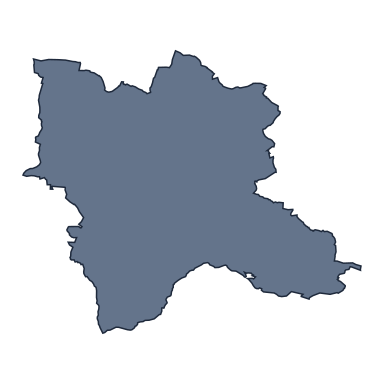 Zalau, Salaj, Romania
{"feature_id": "2599482B75306965992647", "entity_name": "Zalau", "entity_type": "district", "adm_level": 2, "iso_a3": "ROU", "parent_name": "Romania", "parent_adm1": "Salaj", "projection": "natural_earth1", "projection_center": [23.08, 47.176], "detail": "fine", "context": "isolated", "style": "filled", "palette": "slate", "viewbox_px": 384, "rotation_deg": 0, "n_neighbors": 0, "source": "geoboundaries", "source_scale": "gbopen_adm2", "svg_char_len": 5857}
<svg xmlns="http://www.w3.org/2000/svg" viewBox="0 0 384 384"><path d="M172.4,290.0L172.4,288.6L173.2,287.6L173.3,284.6L174.0,284.4L174.5,283.2L178.2,280.3L181.8,278.0L185.6,276.6L186.4,274.8L186.5,274.0L188.3,272.6L189.5,271.1L191.7,270.3L193.5,270.1L194.9,268.2L201.4,264.9L203.5,263.3L207.6,262.6L209.1,263.5L209.6,264.7L213.9,266.5L214.6,267.5L215.3,267.6L218.8,267.4L224.0,265.4L225.7,265.1L226.9,265.8L227.2,266.8L228.3,268.1L230.6,270.1L231.8,270.8L235.9,271.1L236.9,271.6L243.3,275.5L244.4,276.9L245.3,277.2L246.2,276.6L245.7,274.5L244.5,272.3L246.7,273.2L248.0,272.9L251.2,273.2L251.5,273.8L253.3,275.0L252.2,275.7L255.5,276.9L253.6,278.9L252.3,278.3L247.6,278.6L248.6,279.3L251.9,283.1L253.3,285.6L255.0,287.8L256.6,288.6L258.5,288.7L259.5,287.9L261.7,288.7L261.4,290.2L263.5,291.9L274.2,293.0L276.7,294.4L278.5,296.0L281.7,296.6L286.5,296.0L291.4,291.6L303.0,294.3L301.2,296.0L301.2,296.5L309.1,299.1L309.4,297.9L309.9,297.4L313.0,295.6L319.8,293.0L330.1,294.3L337.1,292.6L338.2,293.2L342.4,290.7L343.2,290.0L343.5,289.0L344.5,288.4L344.5,287.5L345.2,286.8L345.2,285.6L340.5,281.5L338.3,280.6L338.5,280.1L337.3,279.3L338.8,277.8L337.7,277.1L338.4,275.8L339.6,274.3L344.2,273.3L344.7,272.7L345.1,270.6L345.9,269.9L348.9,269.4L350.2,266.7L352.0,267.1L360.5,270.3L360.4,269.4L361.0,266.0L355.8,264.5L352.7,262.9L343.4,263.2L337.2,261.1L334.4,261.0L335.1,256.2L335.0,255.1L336.0,251.9L335.6,245.6L334.3,244.6L335.6,242.1L334.8,238.6L333.4,236.6L332.5,236.0L332.3,234.2L331.9,233.5L327.2,231.3L324.3,231.6L323.0,230.4L321.3,231.6L319.0,230.6L315.3,229.8L314.2,230.1L313.7,231.0L312.9,231.0L312.7,230.5L310.5,229.9L309.2,228.4L308.9,227.5L308.1,227.6L307.3,226.6L306.2,226.3L305.7,225.5L304.2,224.5L303.2,222.3L302.3,221.9L298.4,218.5L297.0,216.7L297.0,215.0L292.4,215.7L291.5,215.7L290.7,214.9L290.8,213.5L292.9,210.1L292.8,209.4L288.0,209.7L282.9,208.5L283.2,202.8L278.9,202.3L277.3,202.7L275.4,202.0L273.4,202.8L272.3,201.4L271.4,201.2L269.9,199.7L268.5,199.6L267.9,198.7L264.2,198.2L262.8,196.9L259.8,196.3L258.4,194.5L256.5,194.3L253.5,193.2L256.2,190.1L256.6,188.7L256.2,186.2L254.7,183.6L255.0,183.3L254.7,181.7L254.9,181.2L255.7,181.1L256.8,181.9L257.0,181.0L258.7,179.9L265.3,178.6L275.0,172.3L276.1,172.3L275.8,169.2L274.4,167.4L273.0,162.9L273.0,159.8L273.5,158.1L273.3,156.7L269.9,157.9L268.9,153.6L269.8,153.4L268.5,151.6L268.5,150.4L267.3,150.5L272.2,146.7L273.9,146.8L274.6,143.6L272.0,140.4L270.3,139.3L268.4,138.8L265.3,136.4L263.5,133.4L262.8,130.6L263.0,129.3L265.2,128.7L267.6,126.2L269.1,125.4L270.2,125.3L273.1,122.7L273.5,121.3L275.2,118.7L277.0,116.6L279.0,115.0L280.0,113.5L280.1,111.7L278.0,110.5L278.0,107.2L278.3,106.3L277.9,105.8L271.7,102.5L267.8,98.3L266.3,97.8L266.5,97.0L264.2,95.7L263.7,95.1L263.6,94.4L262.7,93.7L265.6,88.7L265.4,88.1L264.1,87.4L266.2,85.6L260.8,83.4L255.3,83.3L253.0,83.4L252.5,84.0L247.8,86.4L241.0,87.8L239.6,87.9L237.9,87.0L235.9,87.3L233.1,88.7L231.7,89.0L228.0,88.2L224.1,86.8L222.8,86.1L222.1,84.8L220.0,83.1L218.9,81.7L217.6,77.6L212.5,79.2L212.4,76.2L214.3,73.8L212.1,72.1L212.3,71.8L207.0,68.0L207.2,67.7L206.7,67.3L205.0,66.4L201.5,65.6L201.0,65.1L200.6,62.4L199.5,60.3L196.2,57.3L194.2,56.2L193.5,56.5L189.5,55.1L183.3,55.4L180.1,52.8L175.5,50.8L172.4,59.6L171.7,64.2L169.5,67.6L166.3,67.2L158.5,67.4L157.9,69.8L157.3,69.8L154.7,77.3L153.5,78.3L152.5,82.9L151.2,86.7L150.0,88.0L150.1,90.7L150.7,92.1L150.4,92.5L147.0,93.7L145.8,92.5L143.2,91.5L142.3,90.3L138.7,89.0L135.4,86.9L132.1,85.8L131.1,86.4L127.0,84.1L125.6,84.9L124.7,84.2L124.1,84.5L123.1,83.7L123.4,81.9L121.6,81.8L119.6,86.0L118.9,85.9L117.7,87.4L112.2,91.4L108.8,92.2L106.5,91.5L104.6,90.0L105.0,88.0L103.1,81.5L101.2,77.5L99.2,75.7L98.9,75.9L94.2,72.9L90.7,72.2L90.0,71.7L90.0,71.1L89.1,70.7L85.9,70.2L84.1,70.6L79.0,70.5L80.5,63.6L80.2,62.5L78.0,62.5L75.4,61.7L72.7,61.5L65.5,60.1L58.0,59.7L48.7,59.5L41.0,60.9L33.5,59.0L34.2,61.7L34.2,64.3L33.8,64.8L34.5,72.5L38.2,73.6L38.7,75.3L39.8,76.4L40.7,77.1L43.1,77.5L41.4,83.2L42.8,83.5L39.3,95.2L39.1,97.9L38.5,100.1L39.8,107.1L39.9,110.1L39.8,112.7L38.8,115.3L38.7,117.7L41.5,120.1L41.3,120.9L41.9,121.7L41.4,123.5L41.5,125.4L42.3,127.7L41.6,129.6L39.6,132.6L39.5,133.3L38.2,136.0L35.8,137.0L35.5,137.7L35.8,139.6L35.4,142.0L40.4,144.3L39.4,147.4L39.5,150.6L38.5,153.6L38.5,155.0L40.4,161.0L40.6,162.6L39.4,164.7L36.8,166.8L32.7,168.5L30.2,168.6L26.2,170.6L23.8,173.2L23.0,175.1L26.6,176.3L31.2,175.6L34.2,175.8L37.7,176.8L39.5,176.7L40.0,179.0L44.4,177.6L45.6,179.3L46.7,180.0L47.2,184.7L50.5,184.7L50.3,189.1L52.7,189.2L52.0,187.4L51.8,186.4L52.0,186.3L65.0,187.3L65.3,187.7L65.1,190.0L66.7,194.3L65.6,197.9L69.9,201.8L74.1,204.6L74.6,204.3L77.6,207.9L79.4,211.7L83.6,217.6L81.4,221.7L78.8,224.2L82.0,226.7L81.0,227.9L80.3,227.8L78.7,226.5L68.9,226.6L68.3,227.0L66.9,229.8L67.1,230.8L69.5,233.6L69.4,234.8L71.6,237.0L73.7,237.7L76.6,237.6L74.7,242.4L68.2,242.2L69.5,244.9L72.9,247.2L70.9,252.1L70.7,256.1L70.0,257.7L70.5,258.3L70.5,259.2L71.3,259.9L74.1,259.9L75.1,262.0L77.1,261.5L77.9,262.6L78.6,262.3L80.5,263.3L81.0,264.6L82.7,264.3L84.2,268.5L83.7,271.8L83.9,273.6L85.6,276.7L87.1,276.6L89.7,280.2L91.9,281.6L92.7,282.7L93.7,284.2L94.3,286.0L95.8,287.1L96.2,287.9L96.6,290.7L96.5,297.5L97.1,300.8L96.6,303.2L98.7,305.3L99.0,306.6L98.8,309.0L98.0,311.7L98.3,315.2L97.3,317.0L97.3,318.8L98.3,321.3L98.5,324.3L99.4,325.6L100.0,327.5L102.8,333.2L104.8,332.5L107.3,330.3L110.1,330.1L116.0,327.2L118.7,327.3L127.4,329.7L130.3,330.1L131.8,329.8L134.0,328.2L134.7,327.4L134.9,326.4L136.5,325.7L137.6,324.1L137.6,322.8L137.9,322.6L140.1,321.9L143.1,321.6L145.0,320.4L149.2,320.2L154.3,318.8L158.5,315.2L159.5,314.5L160.6,314.4L161.8,311.1L161.7,308.1L162.0,307.8L163.8,308.1L164.1,307.9L164.3,306.8L165.4,304.8L167.0,303.1L167.1,302.5L166.0,300.0L166.0,299.3L167.3,297.1L170.6,295.8L171.1,294.9L171.5,291.7L172.4,290.0Z" fill="#64748b" stroke="#1e293b" stroke-width="1.5"/></svg>